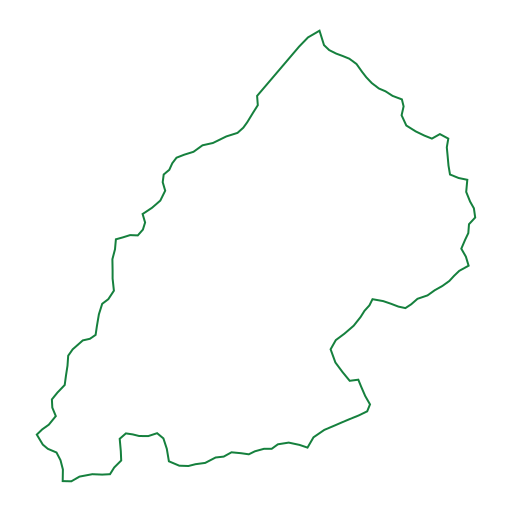 outline of Camboriú, Santa Catarina, Brazil
{"feature_id": "56859067B78577950079276", "entity_name": "Camboriú", "entity_type": "district", "adm_level": 2, "iso_a3": "BRA", "parent_name": "Brazil", "parent_adm1": "Santa Catarina", "projection": "mercator", "projection_center": [-48.711, -27.063], "detail": "fine", "context": "isolated", "style": "outline", "palette": "green", "viewbox_px": 512, "rotation_deg": 0, "n_neighbors": 0, "source": "geoboundaries", "source_scale": "gbopen_adm2", "svg_char_len": 2051}
<svg xmlns="http://www.w3.org/2000/svg" viewBox="0 0 512 512"><path d="M319.5,30.7L308.0,37.4L299.1,46.6L257.1,95.9L257.8,105.2L253.0,112.8L247.2,122.3L243.3,127.7L237.5,132.9L226.4,136.4L212.9,143.0L202.5,145.3L193.5,151.8L184.2,154.7L176.5,157.7L172.3,163.2L169.3,169.8L163.7,174.5L162.7,182.2L165.2,190.7L160.3,200.6L152.0,207.8L142.6,214.0L145.1,222.5L142.9,229.6L137.8,235.4L130.1,235.1L122.8,237.4L115.9,239.3L115.0,249.3L112.4,259.2L112.6,271.1L112.6,278.6L113.9,290.7L108.3,299.2L102.2,303.8L98.9,314.3L96.9,326.1L95.6,334.9L89.9,338.8L82.8,340.4L72.7,349.3L68.2,355.7L67.5,365.7L66.0,375.4L64.7,385.0L57.5,392.5L51.9,399.4L52.3,407.6L55.8,416.1L48.8,424.7L42.2,429.4L36.8,434.6L42.8,444.6L47.8,448.8L56.5,452.5L60.5,460.2L62.9,469.5L62.7,481.1L71.3,481.3L79.5,476.6L92.3,474.2L102.2,474.6L110.0,474.2L114.2,467.5L121.2,460.5L120.8,451.1L119.7,438.8L125.9,433.4L132.7,434.4L139.1,436.0L148.2,436.1L157.1,433.2L163.4,438.4L166.8,448.8L168.9,461.3L179.3,465.7L188.4,466.0L195.5,464.2L205.2,462.9L215.6,457.5L223.7,456.6L231.5,452.3L241.0,453.2L248.8,454.3L254.9,451.3L264.0,448.8L271.7,448.8L277.9,444.3L288.7,442.6L299.5,444.9L307.5,447.6L313.5,437.3L324.3,429.9L335.4,425.2L341.6,422.5L349.9,419.0L358.6,415.5L367.2,411.3L370.0,404.4L365.2,396.0L361.0,386.3L358.3,379.7L349.7,380.8L342.7,372.3L335.4,362.5L330.6,349.3L335.8,340.1L344.4,333.7L353.7,325.7L360.6,317.0L364.5,310.8L369.4,305.4L372.5,299.2L383.2,301.1L391.1,303.8L398.4,306.6L405.4,308.1L411.2,304.3L417.5,298.8L427.5,295.4L434.8,290.2L442.3,286.0L449.3,281.0L454.1,275.8L459.3,270.8L468.6,265.7L465.9,256.7L461.3,248.7L465.2,239.6L468.3,233.1L469.0,224.2L475.2,217.5L473.9,208.3L470.1,201.6L466.2,191.9L467.3,179.8L458.6,178.0L450.0,174.5L448.5,165.6L447.6,155.7L446.8,147.3L448.3,138.6L439.9,134.1L431.9,138.6L424.4,135.6L415.7,131.4L406.3,125.5L401.6,115.3L403.6,106.4L401.9,99.4L392.6,95.9L385.5,91.3L378.9,88.5L371.8,83.1L366.3,77.3L362.1,71.9L356.5,64.0L349.3,58.7L342.7,56.0L336.2,53.6L329.2,50.1L324.0,45.1L319.5,30.7Z" fill="none" stroke="#15803d" stroke-width="2"/></svg>